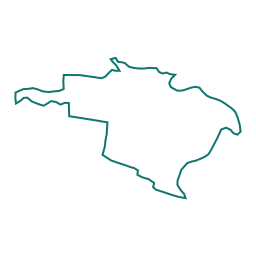 the district of Lajeado, Rio Grande do Sul, Brazil
{"feature_id": "56859067B30359341782626", "entity_name": "Lajeado", "entity_type": "district", "adm_level": 2, "iso_a3": "BRA", "parent_name": "Brazil", "parent_adm1": "Rio Grande do Sul", "projection": "equal_earth", "projection_center": [-52.019, -29.449], "detail": "fine", "context": "isolated", "style": "outline", "palette": "teal", "viewbox_px": 256, "rotation_deg": 0, "n_neighbors": 0, "source": "geoboundaries", "source_scale": "gbopen_adm2", "svg_char_len": 1576}
<svg xmlns="http://www.w3.org/2000/svg" viewBox="0 0 256 256"><path d="M115.6,57.9L110.7,59.2L113.0,62.2L116.1,65.2L119.5,70.8L115.6,70.8L112.0,69.9L108.4,73.3L105.4,76.6L101.6,78.2L97.3,77.6L92.7,76.9L87.3,76.2L83.0,75.5L79.6,75.1L63.8,75.0L63.3,80.9L63.7,89.0L59.4,90.9L54.8,91.3L49.3,92.0L45.2,91.7L41.9,91.1L38.1,89.5L33.0,88.1L28.6,88.8L23.4,89.1L18.7,91.1L15.5,92.6L15.4,98.3L16.0,103.5L20.9,100.5L23.6,97.9L27.2,97.6L31.9,101.5L36.9,103.5L40.8,104.9L43.8,105.7L46.6,104.0L51.1,101.1L56.3,102.1L60.5,104.6L64.8,102.8L68.8,103.0L69.2,116.2L77.6,117.5L86.4,118.9L95.9,120.4L103.9,121.8L107.4,122.3L106.7,134.0L105.5,140.2L104.8,146.8L102.5,154.8L111.0,160.4L118.1,162.9L125.3,165.2L130.8,167.2L134.2,168.1L137.9,170.4L137.4,174.8L142.5,177.4L148.4,179.1L154.2,183.0L153.1,187.1L155.7,189.6L164.2,192.3L172.2,195.0L179.0,197.0L185.5,198.1L184.2,194.1L180.7,190.1L177.4,184.9L177.6,180.3L179.2,176.1L181.3,169.9L184.1,166.6L187.3,163.1L191.9,161.5L195.6,160.7L200.9,158.6L204.7,156.8L208.6,154.1L210.9,150.3L213.7,144.9L216.6,139.5L219.0,134.4L221.2,129.5L226.1,127.7L230.4,129.7L233.3,133.1L237.3,134.7L240.6,131.7L239.7,124.8L237.8,118.0L235.6,112.6L233.4,109.8L230.0,107.1L224.6,103.3L220.5,100.8L216.1,99.1L210.7,97.5L207.0,95.8L202.9,92.0L199.5,87.7L195.1,86.8L191.0,87.7L184.2,90.0L181.2,90.7L177.1,90.6L170.8,87.1L169.2,83.1L171.4,78.5L175.1,74.8L169.9,74.1L166.7,72.6L162.6,73.5L159.0,71.9L156.5,68.1L152.8,68.1L149.5,67.8L144.3,68.5L139.6,68.5L134.7,68.1L128.9,66.7L124.7,62.9L121.6,62.3L117.9,61.7L115.6,57.9Z" fill="none" stroke="#0f766e" stroke-width="2"/></svg>